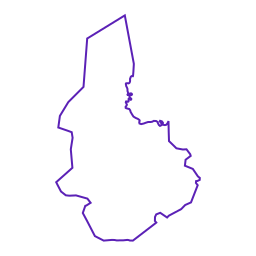 Ngala, Borno, Nigeria
{"feature_id": "59680162B65219804693248", "entity_name": "Ngala", "entity_type": "district", "adm_level": 2, "iso_a3": "NGA", "parent_name": "Nigeria", "parent_adm1": "Borno", "projection": "natural_earth1", "projection_center": [14.207, 12.351], "detail": "fine", "context": "isolated", "style": "outline", "palette": "violet", "viewbox_px": 256, "rotation_deg": 0, "n_neighbors": 0, "source": "geoboundaries", "source_scale": "gbopen_adm2", "svg_char_len": 2021}
<svg xmlns="http://www.w3.org/2000/svg" viewBox="0 0 256 256"><path d="M167.1,217.5L168.8,215.7L181.2,209.1L185.2,205.0L191.0,202.4L197.7,185.2L195.9,182.9L196.1,181.1L197.3,181.0L199.7,179.9L199.8,177.9L197.9,176.4L192.8,168.9L184.9,165.7L185.6,159.7L190.7,155.9L190.2,154.2L186.5,149.3L182.8,149.5L176.4,148.3L171.3,143.3L169.0,141.1L168.7,131.7L168.5,121.1L167.7,122.9L166.4,124.7L164.9,125.1L163.2,124.8L162.8,124.0L162.9,122.7L161.8,121.3L160.1,120.8L159.8,121.4L160.7,122.4L161.6,123.8L161.4,125.2L160.0,125.9L158.9,125.0L158.1,123.5L157.5,121.9L156.1,121.0L153.7,120.9L152.3,121.7L150.7,122.0L148.1,122.0L145.6,122.8L143.8,123.5L141.2,124.1L139.5,123.5L139.2,122.1L139.7,120.8L139.4,120.0L137.9,118.9L135.8,118.0L134.3,117.1L133.4,116.5L132.9,115.7L132.3,114.8L131.0,112.6L130.6,111.9L130.2,110.4L129.7,109.6L129.2,109.0L127.9,108.7L126.2,108.2L125.7,107.9L125.6,106.8L126.4,105.8L126.9,104.8L126.5,103.8L126.3,103.3L125.8,102.5L126.0,101.5L126.7,101.4L127.9,101.8L128.5,101.4L128.6,100.6L128.6,98.9L128.9,98.7L129.6,98.9L130.3,99.5L130.8,99.8L131.1,99.5L131.3,99.2L131.3,98.9L130.9,98.4L129.9,97.6L129.4,97.0L129.6,95.9L130.2,95.4L131.1,95.2L131.7,94.9L132.0,94.3L131.7,93.7L131.2,93.4L130.1,93.4L128.3,95.0L127.7,95.0L127.5,94.7L127.8,94.1L128.1,93.2L127.9,92.1L127.5,91.1L127.5,89.9L127.4,88.7L126.8,87.2L126.3,86.4L125.8,83.9L126.0,83.4L126.3,83.3L127.2,83.2L128.6,83.4L129.4,82.9L130.0,81.7L130.1,80.2L130.0,79.0L130.8,76.8L131.2,76.4L131.9,76.0L132.6,76.2L132.9,76.2L133.1,75.2L133.4,71.5L133.8,64.8L133.8,63.6L124.8,15.4L87.2,38.5L83.5,86.9L68.3,102.1L59.9,115.9L58.3,127.5L67.6,130.7L71.7,132.2L72.6,137.8L70.8,149.3L72.4,167.8L56.2,182.2L57.7,185.2L61.0,191.5L65.8,195.3L69.4,195.7L76.0,195.4L87.4,198.6L90.6,202.8L86.2,205.6L85.3,205.8L82.8,213.0L87.2,221.2L94.9,236.1L103.7,240.6L112.0,239.9L114.6,240.0L116.6,240.4L123.5,240.3L127.4,239.9L128.8,240.1L129.7,240.5L132.9,240.6L156.3,222.6L154.9,220.9L155.0,217.0L156.2,214.4L160.2,212.8L167.1,217.5Z" fill="none" stroke="#5b21b6" stroke-width="2"/></svg>